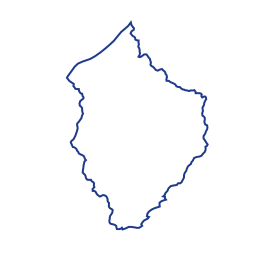 outline of Bernardo Sayão, Tocantins, Brazil, rotated 47°
{"feature_id": "56859067B43927919918993", "entity_name": "Bernardo Sayão", "entity_type": "district", "adm_level": 2, "iso_a3": "BRA", "parent_name": "Brazil", "parent_adm1": "Tocantins", "projection": "equal_earth", "projection_center": [-48.957, -7.99], "detail": "fine", "context": "isolated", "style": "outline", "palette": "blue", "viewbox_px": 256, "rotation_deg": 47, "n_neighbors": 0, "source": "geoboundaries", "source_scale": "gbopen_adm2", "svg_char_len": 3654}
<svg xmlns="http://www.w3.org/2000/svg" viewBox="0 0 256 256"><g transform="rotate(47 128 128)"><path d="M49.6,138.4L51.8,138.6L53.4,138.8L55.4,138.4L57.3,138.0L58.8,137.6L60.2,139.4L61.9,139.4L63.5,139.8L64.8,138.7L66.0,137.4L67.4,138.5L68.8,138.8L70.3,139.0L71.7,138.2L73.6,139.4L75.3,139.6L76.1,140.8L75.8,142.3L75.8,144.8L77.1,146.9L78.9,148.0L80.3,147.8L82.0,147.9L83.7,149.4L85.3,150.5L86.8,151.1L87.3,152.5L88.1,154.0L89.0,155.3L89.4,157.3L89.9,159.6L90.1,162.0L91.0,163.2L92.3,163.9L93.9,165.0L94.9,166.5L96.0,168.4L97.2,170.6L98.1,172.6L99.1,175.5L98.9,178.1L99.5,179.7L100.8,180.1L102.7,180.8L104.4,181.3L105.6,180.4L107.0,180.1L108.5,180.1L109.8,180.7L111.4,180.7L113.0,181.3L115.0,180.7L116.7,179.9L118.5,179.5L119.9,180.0L121.4,180.6L122.8,180.7L122.8,182.7L123.9,184.3L125.3,186.3L126.6,187.7L128.1,189.8L129.9,191.6L131.6,191.5L132.9,191.4L134.3,191.9L136.0,192.9L138.0,193.1L139.6,191.6L140.6,190.4L141.9,190.8L143.0,190.7L144.2,190.3L145.5,190.7L146.8,192.3L148.3,192.9L148.5,195.5L149.9,196.7L151.1,195.5L152.7,195.2L154.7,195.8L156.4,195.9L157.6,195.6L159.0,195.3L159.5,193.7L159.9,192.2L161.1,191.1L163.1,190.5L164.7,190.9L166.1,191.4L167.3,192.6L168.6,193.0L169.8,193.0L171.1,194.3L172.5,195.6L173.9,195.9L175.1,195.7L176.2,195.2L177.6,195.2L178.5,196.3L179.3,197.4L179.7,199.1L180.1,200.9L180.9,202.2L181.9,203.2L183.1,204.9L184.7,206.0L186.2,206.0L188.3,204.6L189.9,203.7L191.6,203.4L193.0,204.4L194.3,205.0L195.7,203.7L196.7,202.2L196.8,200.5L198.5,201.1L199.4,199.2L200.2,197.1L200.8,195.0L202.4,193.2L203.9,192.0L205.5,190.7L207.2,189.5L208.6,187.9L208.9,186.1L209.2,184.3L207.4,183.9L206.8,181.5L206.6,179.6L207.0,177.8L207.7,175.6L207.4,173.4L205.5,174.4L204.0,172.4L203.4,169.9L203.7,167.0L204.0,165.5L204.6,163.8L205.2,162.3L206.0,160.7L207.1,158.4L205.5,157.2L204.2,155.9L204.2,154.4L204.6,152.8L205.4,150.9L206.3,149.1L204.6,148.9L203.5,147.9L202.0,148.9L202.0,146.7L201.2,145.3L201.0,143.6L200.9,141.9L200.0,140.2L199.7,138.4L199.7,136.3L200.7,134.5L201.9,132.7L202.9,131.2L202.6,129.0L204.0,127.6L204.2,125.9L203.5,123.9L202.5,121.0L200.6,119.1L199.5,117.0L199.1,114.8L198.1,113.0L197.0,110.5L197.0,108.3L197.2,106.4L196.3,105.1L196.1,102.9L195.0,100.0L196.1,97.5L197.6,95.2L198.4,93.2L198.0,91.2L197.9,88.4L197.0,86.3L195.7,85.0L194.5,84.1L194.9,82.3L194.3,80.9L193.0,80.9L191.8,80.6L190.6,80.4L189.2,80.1L187.7,80.0L186.5,79.4L185.3,77.9L184.9,75.6L183.7,73.5L182.8,70.8L181.6,69.4L180.0,68.3L178.1,69.1L176.8,68.6L175.3,67.7L174.2,66.0L172.6,64.8L171.4,64.7L169.7,65.1L167.8,63.7L166.7,61.6L165.2,60.6L163.8,59.5L163.4,57.7L162.6,56.3L161.6,55.0L160.7,53.0L160.3,51.2L159.1,50.4L157.9,50.0L156.8,50.9L156.3,52.9L154.7,52.6L153.8,51.2L152.6,51.2L151.4,51.9L150.1,53.2L148.7,54.8L147.4,53.8L145.5,53.7L144.6,55.3L143.4,56.3L142.7,58.1L140.9,59.1L139.6,60.3L138.4,60.7L137.0,61.7L135.2,62.2L133.5,62.1L131.9,63.5L130.5,64.2L128.5,63.7L126.7,64.2L125.2,64.8L123.9,65.5L122.6,65.8L121.2,66.1L119.8,67.6L118.3,66.5L117.4,64.8L115.5,63.7L113.9,63.6L112.7,62.8L111.2,62.7L109.6,63.0L108.1,62.9L106.9,65.0L106.4,67.1L104.4,68.1L102.2,67.9L100.0,68.0L98.6,68.6L97.0,68.4L95.9,66.7L94.7,66.1L93.4,65.4L92.3,64.8L90.9,64.9L88.8,64.5L86.9,64.3L85.9,65.1L85.1,66.5L85.0,68.9L84.3,71.0L83.1,71.7L82.5,69.9L81.6,68.3L80.2,67.5L78.9,66.3L77.5,65.5L75.5,65.0L74.1,62.8L72.5,62.0L71.2,60.6L69.6,61.9L68.3,62.3L66.9,61.3L65.7,61.2L64.3,61.7L62.7,61.8L60.5,61.5L59.7,59.5L60.1,56.8L59.1,55.6L57.9,55.6L54.9,55.2L53.9,54.6L52.7,53.9L53.5,58.5L53.1,67.5L53.9,73.8L54.6,78.6L54.6,84.6L54.4,90.0L53.9,96.7L53.1,102.7L51.8,108.4L48.4,116.0L46.8,120.7L46.8,125.0L49.0,136.4L49.6,138.4Z" fill="none" stroke="#1e3a8a" stroke-width="2"/></g></svg>